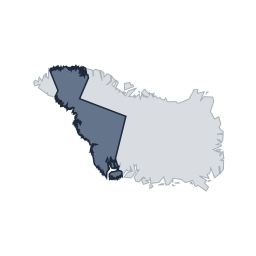 where Kommuneqarfik Sermersooq sits in Greenland, rotated 104°
{"feature_id": "GRL-2739", "entity_name": "Kommuneqarfik Sermersooq", "entity_type": "state/province", "adm_level": 1, "iso_a3": "GRL", "parent_name": "Greenland", "parent_adm1": "", "projection": "orthographic", "projection_center": [-36.556, 66.454], "detail": "fine", "context": "in_parent", "style": "filled", "palette": "slate", "viewbox_px": 256, "rotation_deg": 104, "n_neighbors": 0, "source": "natural_earth", "source_scale": "10m", "svg_char_len": 9481}
<svg xmlns="http://www.w3.org/2000/svg" viewBox="0 0 256 256"><g transform="rotate(104 128 128)"><path d="M145.0,25.4L149.6,27.4L143.3,29.6L143.4,30.5L150.4,28.1L155.4,31.9L146.6,38.1L152.4,37.7L154.0,40.0L157.3,37.2L157.3,47.3L159.9,39.1L163.2,40.3L165.8,35.6L170.2,36.9L166.5,46.6L168.1,47.4L167.8,49.1L163.2,52.7L167.1,59.0L164.9,64.3L166.0,72.4L170.0,71.3L168.1,72.7L173.1,74.6L174.2,77.3L166.5,81.5L173.3,84.8L176.3,92.5L170.6,94.5L173.4,94.2L174.7,97.8L175.8,94.5L179.0,99.3L175.2,102.4L173.0,101.7L173.0,99.6L172.3,99.0L172.1,101.6L177.6,104.2L177.9,107.6L174.2,110.2L165.4,106.9L167.7,109.2L161.7,111.1L163.8,112.5L161.4,113.8L169.5,110.0L175.7,113.0L176.7,120.0L171.3,117.8L168.9,113.4L164.3,117.1L168.7,114.7L169.7,118.0L168.5,119.2L178.3,123.0L177.7,126.4L179.5,125.1L182.1,133.1L179.8,134.2L178.9,130.8L179.0,134.6L177.1,134.9L172.3,129.0L168.0,126.7L164.7,126.7L169.1,129.2L161.8,132.7L163.2,133.9L160.5,137.8L168.0,137.1L165.2,140.8L166.0,141.0L170.9,137.0L181.0,137.1L170.6,152.0L156.8,159.2L152.2,156.3L153.0,160.1L145.3,174.2L140.9,174.3L141.8,176.9L134.2,181.7L133.3,180.7L136.0,175.5L132.9,174.7L134.3,175.8L131.5,178.0L132.5,180.6L125.3,181.7L127.4,183.7L121.7,186.1L124.8,191.2L119.3,192.4L122.9,194.1L123.0,197.7L119.3,203.3L116.2,201.7L118.2,204.0L117.0,206.0L112.8,205.7L115.8,207.3L115.5,213.6L113.4,214.6L114.5,215.0L110.5,224.8L106.8,223.8L109.7,228.8L106.1,230.6L104.0,229.4L105.1,226.4L100.1,226.4L103.3,222.7L97.7,222.4L99.2,217.3L88.9,219.5L90.9,217.9L85.6,211.5L85.8,208.9L88.3,207.7L85.0,207.7L83.0,203.1L86.1,198.6L83.4,200.0L81.3,188.8L86.5,188.2L81.1,187.0L85.8,183.8L87.9,186.4L88.0,184.1L85.9,179.1L85.9,182.8L80.4,186.7L80.5,176.6L86.6,174.1L80.8,175.5L78.8,173.7L79.2,169.7L88.4,164.5L78.7,168.6L80.5,164.6L84.5,163.5L80.4,161.5L81.1,157.7L86.0,155.9L91.7,159.4L86.7,155.4L81.6,156.7L85.0,151.6L89.6,154.2L91.6,151.7L84.5,150.6L86.3,148.3L92.2,149.9L93.6,148.5L92.1,148.6L93.4,145.4L95.9,145.6L93.6,144.7L97.5,138.2L92.0,136.6L87.1,129.4L97.2,134.8L95.4,128.8L97.5,129.4L92.4,125.3L96.9,123.1L92.2,122.8L93.5,121.1L93.6,116.1L92.8,116.2L92.9,120.1L90.5,123.4L86.4,121.3L90.5,115.2L88.2,116.1L89.4,114.9L88.9,113.8L92.2,111.0L90.2,109.2L92.0,106.8L90.7,104.2L91.9,102.8L92.1,99.4L89.8,98.7L93.1,96.1L90.7,87.6L91.8,86.6L91.9,84.9L85.0,75.8L74.7,73.1L74.0,69.6L77.6,69.1L74.4,62.9L84.5,64.3L79.2,61.8L77.5,53.2L81.3,51.3L92.2,52.0L98.3,46.1L95.1,42.7L101.5,39.0L105.8,39.7L108.3,35.1L109.8,34.1L112.5,40.2L111.3,34.1L117.8,33.0L118.3,34.8L117.1,39.0L118.3,37.4L119.4,33.7L122.6,38.0L122.0,33.2L123.1,33.3L128.3,40.2L129.6,34.4L128.5,31.9L133.2,32.4L127.8,30.1L134.6,27.6L136.8,30.5L137.1,29.1L136.3,27.4L145.0,25.4ZM86.5,132.7L92.0,140.7L85.7,142.2L83.4,137.3L85.7,135.9L84.8,133.9L86.5,132.7ZM170.3,132.0L170.8,134.4L168.8,136.5L163.5,137.0L164.1,133.1L170.3,132.0ZM128.5,37.6L126.6,35.1L126.3,32.8L128.9,34.3L128.5,37.6ZM167.1,51.4L166.2,54.4L165.1,53.6L167.1,51.4ZM179.0,89.6L181.3,92.3L177.9,93.0L177.4,90.9L179.0,89.6ZM176.1,84.7L174.0,81.8L173.4,79.6L174.2,79.8L176.1,84.7ZM90.9,110.9L89.3,112.9L88.1,111.1L90.9,110.9ZM160.5,37.1L160.1,37.4L158.8,35.5L159.0,35.1L160.5,37.1ZM96.1,139.5L93.9,141.6L94.1,139.0L96.1,139.5ZM169.2,65.2L170.1,69.3L168.7,66.0L169.2,65.2ZM75.6,60.3L74.2,60.3L73.8,59.3L75.6,60.3ZM91.1,125.1L89.8,126.6L89.7,126.2L91.1,125.1ZM173.2,70.5L172.4,71.1L172.8,69.2L173.2,70.5ZM97.4,219.4L96.3,221.8L94.8,220.5L97.4,219.4ZM95.4,130.2L94.2,129.8L94.2,129.5L94.8,129.0L95.4,130.2ZM137.1,181.1L136.2,182.3L136.1,180.8L137.1,181.1Z" fill="#d9dde1" stroke="#a8b0b8" stroke-width="1"/><path d="M163.0,131.5L164.1,132.8L161.8,132.8L163.3,133.6L162.6,136.4L160.0,137.8L168.6,137.2L162.3,140.6L165.8,141.3L167.1,138.5L168.9,138.7L171.5,136.4L171.8,136.4L171.3,136.9L171.7,137.5L172.5,136.6L176.2,138.0L181.4,136.8L178.4,140.0L179.4,140.6L176.7,141.3L177.9,142.2L177.5,143.3L175.7,142.9L176.8,144.2L174.8,144.5L175.3,146.1L173.7,146.1L174.5,147.0L173.5,147.4L173.8,148.4L172.6,148.0L173.4,148.9L171.1,151.9L162.4,155.6L162.7,156.4L161.6,157.1L161.9,157.5L160.2,155.7L159.6,156.7L159.9,157.2L158.9,157.3L159.8,158.5L157.2,157.5L158.6,159.0L154.8,159.2L154.2,158.1L154.8,157.7L153.4,157.7L151.6,154.7L151.6,156.4L153.2,158.3L151.9,158.0L151.9,158.3L153.3,158.7L153.4,160.7L149.7,163.0L150.2,163.5L149.2,164.2L149.6,165.6L148.5,165.9L149.4,166.9L148.4,167.2L148.9,168.4L147.4,169.2L147.8,169.6L147.3,169.6L147.3,170.7L147.6,171.2L147.1,170.9L146.5,173.0L145.9,171.4L145.6,172.4L146.0,173.3L145.2,174.8L144.1,175.6L143.6,174.4L143.2,175.3L143.9,175.8L143.3,176.0L141.1,174.3L142.1,176.0L141.5,176.3L141.8,176.3L142.0,177.2L141.4,176.4L140.7,177.3L141.5,177.4L139.3,178.9L139.2,177.4L138.5,177.4L136.9,179.6L136.6,177.6L136.2,180.2L134.5,178.6L133.8,179.1L134.1,177.7L136.3,175.2L133.0,174.7L134.5,175.8L133.4,176.0L133.9,176.4L133.0,177.1L133.5,177.5L133.2,178.8L131.6,177.9L132.9,179.8L132.5,181.2L130.6,180.7L131.1,181.8L129.3,181.9L128.4,180.2L128.9,181.6L127.3,180.7L126.7,182.2L125.2,182.1L126.7,183.0L126.1,183.5L126.7,184.5L125.3,185.1L126.0,185.8L121.6,185.3L122.0,186.6L121.4,186.8L123.3,189.3L123.0,191.2L124.0,192.2L119.4,192.7L123.1,194.3L122.0,195.6L123.1,197.7L118.8,196.8L122.2,198.8L120.5,199.3L120.9,200.0L120.0,198.9L121.0,200.3L120.5,200.5L119.5,198.9L120.1,200.3L119.2,199.1L118.8,199.4L119.6,200.1L120.5,201.2L119.4,200.1L118.9,200.0L118.3,198.9L117.5,199.5L119.1,202.7L116.9,201.4L118.7,203.5L116.0,202.6L118.3,203.8L117.7,205.1L116.7,204.7L115.4,205.1L115.5,204.0L114.3,204.5L115.0,205.0L114.3,204.9L114.6,206.1L108.6,205.0L91.3,217.6L88.3,217.5L90.7,217.4L90.4,217.0L91.2,216.2L89.4,215.9L90.8,214.9L88.5,216.2L89.1,215.5L87.7,215.1L88.8,214.8L88.3,214.7L88.5,214.3L89.1,214.4L89.2,214.2L86.2,213.3L89.9,212.8L88.8,212.7L89.5,212.1L86.6,212.9L85.5,211.8L88.5,211.7L86.6,211.5L87.6,210.1L86.4,210.5L88.3,208.5L86.1,210.4L85.7,210.0L86.6,208.9L85.4,209.4L88.3,207.7L87.3,207.5L87.8,206.5L86.8,207.9L84.9,207.8L85.8,207.1L84.9,206.7L86.3,207.3L86.6,206.5L85.0,206.3L86.8,205.7L84.3,205.4L84.8,205.0L83.1,202.8L85.6,199.8L83.7,201.1L84.0,199.9L86.5,198.5L84.5,199.0L83.9,199.9L83.4,200.3L84.7,198.5L83.4,198.8L83.1,197.5L85.5,196.8L83.4,196.3L82.6,196.4L82.0,196.8L82.7,196.0L81.7,196.5L81.6,195.0L84.9,195.1L81.4,193.9L83.4,193.4L82.1,193.3L82.4,192.3L82.9,192.8L84.3,192.8L84.2,193.1L84.6,192.6L82.4,192.2L81.9,193.4L81.4,193.0L80.8,192.9L81.5,192.3L80.7,191.5L81.5,191.4L80.9,190.9L82.2,190.8L83.5,190.0L81.3,190.5L81.9,189.3L80.9,188.7L87.3,188.5L85.4,188.2L86.4,186.8L81.9,188.3L81.2,187.7L82.3,187.8L80.9,187.1L84.0,187.5L84.4,187.3L83.7,186.9L84.6,185.9L86.6,186.6L87.3,186.2L84.9,184.3L86.7,183.7L87.4,185.9L89.3,187.6L87.6,183.8L88.7,182.8L86.5,183.1L86.4,181.0L86.2,179.8L89.0,178.5L111.3,182.1L117.2,132.9L160.6,132.8L163.0,131.5ZM176.5,121.9L175.4,124.5L177.0,122.8L176.6,124.1L177.0,124.8L178.5,123.0L177.3,125.0L177.9,127.4L178.4,125.3L179.4,124.9L179.2,125.5L179.8,125.7L179.4,126.3L180.2,126.3L179.3,127.0L180.0,127.0L180.3,128.0L179.8,127.6L180.3,128.2L178.7,129.1L180.5,128.6L179.9,129.6L181.1,129.5L180.4,130.9L181.2,130.8L180.9,131.5L181.7,131.5L181.3,132.7L182.2,133.3L179.9,134.3L178.7,130.9L178.5,132.2L179.1,134.5L177.1,135.0L174.6,133.3L173.6,130.6L171.8,127.8L170.6,128.6L169.6,127.5L171.8,127.2L171.4,125.5L171.8,123.5L176.5,121.9ZM170.9,133.5L169.3,135.7L168.5,135.3L163.2,137.3L165.5,133.2L167.8,132.3L169.3,130.8L170.9,133.5ZM167.4,127.5L169.8,128.9L166.4,132.6L164.4,132.8L163.4,131.2L167.2,128.8L167.4,127.5ZM85.9,181.1L86.2,183.2L84.0,184.0L84.8,182.6L83.9,182.6L81.5,186.1L79.6,186.4L80.3,183.6L85.9,181.1ZM135.9,180.3L135.1,180.6L135.8,181.0L134.2,181.9L133.3,180.8L134.4,179.0L135.9,180.3ZM124.9,191.1L123.6,191.0L123.3,189.0L122.4,187.3L123.8,188.0L124.1,189.9L123.7,190.2L124.9,191.1ZM120.4,201.4L119.3,201.8L117.7,199.5L118.4,199.4L119.2,200.7L120.4,201.4ZM85.1,185.0L83.3,187.1L82.6,187.0L84.3,184.6L85.1,185.0ZM164.1,134.7L163.9,133.4L165.2,133.1L165.0,133.8L164.1,134.7ZM115.2,205.1L117.1,206.0L114.8,205.6L115.2,205.1ZM83.6,185.3L82.2,185.5L84.1,184.4L83.6,185.3ZM121.3,193.1L123.0,193.3L122.8,193.5L121.4,193.4L121.3,193.1ZM177.7,141.4L178.6,141.0L178.9,141.5L177.7,141.4ZM160.8,157.4L160.4,158.1L159.8,157.6L160.3,157.3L160.8,157.4ZM137.8,179.0L138.3,178.6L138.7,178.6L138.3,180.0L137.8,179.0ZM136.6,180.5L136.9,181.8L136.1,180.9L136.6,180.5ZM168.2,136.0L169.1,135.8L168.3,136.2L168.2,136.0ZM119.7,202.1L119.4,202.7L119.1,202.1L119.7,202.1ZM137.6,179.3L137.5,180.4L136.9,179.8L137.6,179.3ZM127.7,183.9L127.7,184.2L126.6,183.7L127.7,183.9ZM118.4,204.9L119.0,203.7L118.9,204.0L118.4,204.9ZM82.9,197.2L82.3,197.4L82.1,196.9L82.6,196.5L82.9,197.2ZM87.1,214.1L88.2,214.0L88.4,214.4L87.1,214.1ZM83.5,196.5L83.1,197.3L82.9,197.0L83.5,196.5ZM89.9,217.1L88.7,216.9L88.6,216.7L89.9,217.1ZM139.2,179.2L139.9,179.2L139.1,179.6L139.2,179.2ZM79.7,187.5L80.4,186.9L80.4,187.1L79.7,187.5ZM118.7,203.1L119.2,202.8L119.6,203.2L119.3,203.4L118.7,203.1ZM169.7,130.5L170.3,130.6L170.5,131.2L170.2,131.1L169.7,130.5ZM136.2,182.3L136.5,181.8L136.8,182.1L136.6,182.1L136.3,182.3L136.2,182.3ZM147.4,170.7L147.9,170.9L147.5,171.0L147.4,170.7ZM81.2,193.1L81.6,193.5L80.8,193.6L81.2,193.1ZM142.3,176.5L142.3,176.0L142.7,176.0L142.3,176.5ZM86.0,211.0L86.6,211.0L86.5,211.3L86.0,211.0ZM121.8,198.4L122.4,198.3L122.5,198.4L121.8,198.4ZM82.7,197.4L82.7,198.0L82.5,197.6L82.7,197.4ZM149.1,167.9L149.1,167.4L149.5,167.3L149.1,167.9ZM116.8,205.1L117.2,205.4L117.4,205.4L117.0,205.6L116.8,205.1ZM86.4,214.7L86.9,214.4L87.4,214.6L86.4,214.7Z" fill="#64748b" stroke="#1e293b" stroke-width="1.5"/></g></svg>